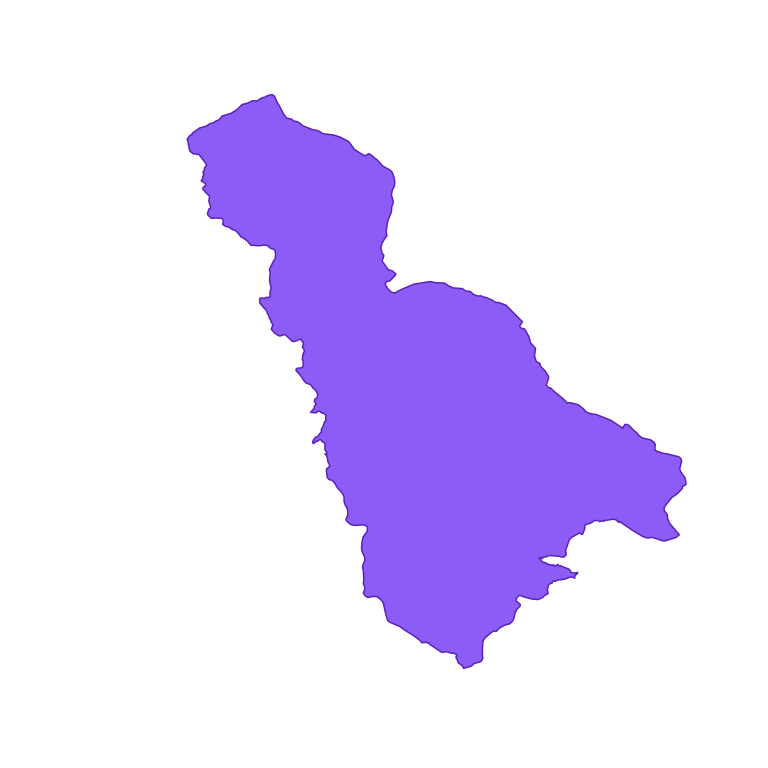 outline of Matman, Shan, Myanmar, rotated 136°
{"feature_id": "60261553B76959974834297", "entity_name": "Matman", "entity_type": "district", "adm_level": 2, "iso_a3": "MMR", "parent_name": "Myanmar", "parent_adm1": "Shan", "projection": "natural_earth1", "projection_center": [98.878, 22.187], "detail": "fine", "context": "isolated", "style": "filled", "palette": "violet", "viewbox_px": 768, "rotation_deg": 136, "n_neighbors": 0, "source": "geoboundaries", "source_scale": "gbopen_adm2", "svg_char_len": 6157}
<svg xmlns="http://www.w3.org/2000/svg" viewBox="0 0 768 768"><g transform="rotate(136 384 384)"><path d="M265.5,659.9L262.8,667.2L263.4,669.7L265.2,671.2L269.0,672.9L270.5,673.0L272.3,674.3L274.5,675.1L278.6,675.7L280.9,678.2L282.7,679.4L286.3,680.5L292.0,683.6L299.1,683.5L306.2,685.0L314.2,689.2L319.3,688.6L322.5,690.0L324.9,690.3L328.5,692.2L333.1,693.1L338.7,696.2L347.4,697.6L349.0,696.9L351.3,697.6L355.7,696.8L356.2,695.3L361.1,687.8L361.9,685.8L361.2,681.7L359.9,680.9L359.3,679.4L357.9,678.0L357.7,677.2L358.9,666.7L359.6,664.6L362.8,664.2L365.1,662.6L366.5,662.3L367.6,661.6L368.1,659.8L370.2,659.1L371.9,657.7L374.1,657.2L374.4,656.6L373.6,654.3L373.3,652.4L374.2,650.7L377.7,651.0L378.9,650.0L378.9,647.9L379.3,646.5L379.0,640.3L382.9,637.3L385.7,631.9L386.5,631.2L388.6,631.4L392.8,629.1L393.4,627.4L393.2,623.1L390.3,620.9L385.9,616.2L385.7,614.3L386.1,612.8L389.1,611.1L389.1,610.5L388.6,607.7L387.8,606.2L386.8,605.3L385.7,600.3L384.3,597.8L384.1,594.4L384.7,589.3L383.9,587.1L383.0,582.2L383.4,576.5L379.1,571.5L375.9,568.6L373.6,567.3L371.6,564.2L371.4,560.6L369.7,557.5L369.7,555.8L371.4,553.2L374.8,549.9L378.2,549.2L386.9,546.0L389.1,542.4L391.3,540.9L394.6,537.8L398.8,531.1L400.1,530.7L403.6,528.1L404.7,526.2L407.5,526.6L408.5,528.2L410.8,528.8L411.8,530.5L413.5,531.8L415.1,531.0L415.5,529.8L417.1,528.7L417.7,517.8L418.9,515.8L419.1,514.1L420.8,510.6L421.1,508.5L422.0,507.0L423.0,503.6L427.0,501.7L427.3,496.7L426.8,493.7L425.6,490.8L421.7,488.9L420.8,488.0L420.3,478.2L418.6,476.7L412.5,474.1L413.4,471.7L413.4,469.7L414.5,468.4L416.0,468.0L417.1,467.0L417.6,464.4L418.3,463.0L421.2,461.9L425.6,458.5L426.3,456.8L429.3,453.2L431.0,452.7L432.9,453.4L435.0,455.4L436.8,455.8L437.9,454.7L438.1,448.3L439.4,441.5L439.3,438.5L437.5,435.0L437.3,433.7L437.9,431.1L437.6,427.6L438.3,423.8L439.7,421.9L442.1,420.6L444.5,421.1L446.2,419.8L446.6,417.7L447.3,416.4L449.0,416.6L451.3,415.1L456.3,414.6L454.1,411.6L452.4,410.4L450.2,410.1L449.3,409.3L448.9,406.4L447.6,405.0L447.6,401.5L449.2,400.6L450.8,398.4L453.9,397.7L457.1,395.9L460.7,394.9L462.2,393.0L465.0,392.9L467.4,392.3L470.5,393.3L473.1,393.0L475.7,391.9L476.2,390.4L475.1,389.8L473.0,390.1L471.8,389.0L468.5,388.6L468.2,387.0L468.6,385.2L467.7,383.4L468.4,381.5L472.2,377.7L472.7,374.9L473.7,373.3L475.0,374.5L475.1,372.6L475.8,370.5L478.5,366.9L479.5,363.1L482.4,362.4L483.9,363.0L485.8,361.6L489.7,356.2L490.0,353.7L488.3,350.8L488.2,347.7L489.7,341.3L489.7,335.0L491.1,330.6L494.1,327.5L496.0,323.8L496.9,320.0L499.0,317.1L500.8,315.2L505.6,312.9L506.1,311.5L505.7,306.4L504.1,303.7L501.8,301.2L496.6,297.0L495.5,294.8L495.3,292.5L498.6,289.6L505.2,288.5L508.9,286.1L514.3,281.5L516.4,278.2L518.3,272.6L520.0,270.6L525.0,268.4L527.0,266.8L528.2,264.5L534.0,257.7L537.7,254.6L538.9,251.4L540.6,249.5L543.5,248.5L544.4,246.9L544.7,244.4L543.8,241.6L539.2,238.6L536.8,235.9L536.2,232.6L536.2,229.2L536.8,226.6L542.0,218.3L545.7,211.3L545.4,208.8L541.0,198.5L540.3,193.7L537.5,182.2L536.3,175.0L536.5,171.6L533.7,169.4L532.2,167.5L532.0,165.1L528.9,150.9L524.7,147.7L522.9,144.0L520.6,141.6L519.8,138.6L522.2,137.3L523.3,133.7L524.3,132.0L523.4,127.3L524.1,124.1L517.4,120.5L513.3,120.2L506.9,117.0L503.7,117.9L501.2,121.1L495.3,126.9L491.3,130.2L488.2,131.2L480.0,130.8L477.0,130.2L474.7,128.0L470.3,128.2L464.7,126.7L460.1,124.1L456.2,124.1L452.3,125.7L449.5,127.9L445.0,129.6L440.5,129.6L439.1,130.9L439.6,136.0L437.5,138.0L433.2,137.9L431.2,133.5L427.2,126.9L422.9,121.9L418.5,120.3L415.3,120.3L411.8,119.2L410.6,120.4L409.4,122.6L404.7,125.4L401.1,124.0L400.3,124.9L399.1,124.4L397.9,123.2L394.2,121.7L392.1,119.8L391.0,119.5L390.6,118.7L386.9,116.8L385.8,116.7L383.3,115.0L381.5,111.9L379.9,113.6L376.5,113.3L375.8,114.0L378.3,115.8L379.7,117.2L380.3,118.5L379.7,119.9L379.6,122.4L383.5,130.9L384.5,131.9L384.2,133.4L387.5,134.1L388.0,134.8L387.4,135.7L389.3,137.4L391.2,140.4L392.0,143.2L393.7,145.9L393.5,150.5L391.9,150.6L391.9,148.8L390.9,148.4L389.6,148.8L388.0,147.4L384.0,145.6L377.3,138.0L376.1,135.6L374.2,134.4L371.4,134.7L368.9,138.2L359.5,142.9L356.1,143.5L347.5,141.3L346.5,140.2L346.4,139.0L345.6,138.0L340.8,140.1L337.3,142.9L336.8,142.8L331.1,140.1L327.7,139.7L325.1,137.4L324.3,135.0L322.9,134.7L321.4,132.7L320.1,132.5L312.8,127.3L311.5,125.1L311.2,121.3L310.0,121.2L307.2,107.3L303.8,94.4L301.4,90.1L297.4,87.2L296.8,85.5L296.0,84.6L292.9,78.4L291.0,76.0L280.7,70.8L276.3,70.4L275.4,85.2L273.4,90.3L271.0,93.2L270.2,98.5L269.2,99.6L267.4,100.9L255.7,102.4L249.1,101.3L242.1,101.6L240.5,102.8L236.9,101.9L235.5,102.9L232.5,107.8L231.7,114.2L230.3,117.5L223.3,121.9L222.6,123.2L222.3,124.2L222.5,126.8L228.5,136.5L232.0,141.3L234.7,146.7L234.6,148.4L234.0,149.4L230.9,152.0L230.2,154.7L231.0,158.7L234.8,164.3L235.9,166.6L236.4,170.1L236.0,173.4L236.6,177.2L236.5,183.0L236.8,184.8L237.4,186.3L238.8,187.4L241.8,187.0L242.9,186.3L246.0,200.2L252.5,214.6L256.2,219.4L258.0,223.6L257.8,228.2L258.7,234.2L262.5,240.5L265.5,243.5L265.4,248.9L266.9,261.8L266.9,265.4L268.3,267.0L267.9,270.6L261.7,273.7L260.3,275.3L259.0,281.6L259.1,287.9L257.6,290.3L258.8,294.6L256.3,299.6L250.6,304.0L250.2,305.2L250.0,312.0L247.0,316.9L244.7,325.9L246.6,329.1L246.4,331.4L241.2,332.6L241.5,356.0L244.9,362.9L247.1,365.4L247.9,369.1L250.4,375.2L251.6,376.9L253.1,380.2L255.2,381.9L257.3,385.9L257.8,390.8L260.8,394.4L261.3,398.1L267.3,404.8L269.3,409.5L270.4,414.6L276.4,420.8L279.6,425.6L293.2,435.1L306.3,440.1L313.0,442.0L314.9,444.7L315.1,449.4L314.1,454.7L311.1,456.0L308.2,454.1L300.6,454.3L299.0,455.0L299.5,459.8L301.6,463.2L300.0,473.3L299.4,474.2L296.7,475.3L294.6,476.9L294.4,479.7L291.6,484.3L287.8,486.6L281.7,488.3L279.2,488.4L276.4,492.3L268.4,498.5L259.9,502.3L257.3,504.1L256.1,505.6L252.0,507.7L250.3,509.1L247.5,514.7L243.9,517.4L239.2,519.1L235.8,521.8L233.0,526.1L231.0,530.6L231.0,533.5L233.5,541.6L233.2,550.7L233.8,552.3L234.0,556.9L234.9,560.2L238.8,561.2L239.5,562.2L240.5,565.6L242.3,573.1L241.0,582.9L244.0,592.0L247.3,598.1L254.2,606.7L254.8,610.0L256.7,614.2L257.9,615.1L262.9,625.6L263.6,631.3L264.0,632.6L266.3,636.1L266.6,638.9L269.3,642.9L268.7,647.9L265.7,658.0L265.5,659.9Z" fill="#8b5cf6" stroke="#5b21b6" stroke-width="1.5"/></g></svg>